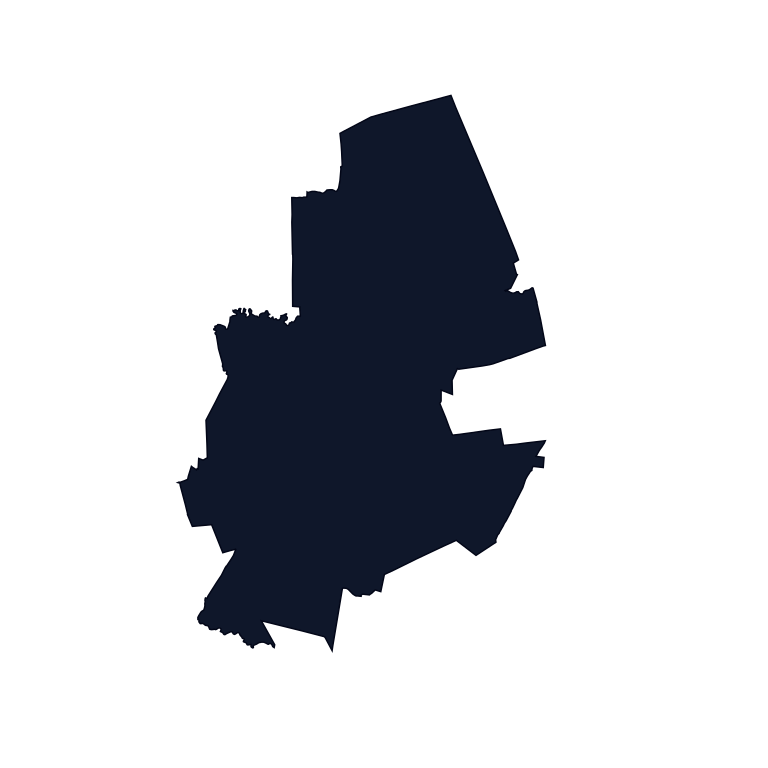 outline of Birda, Timis, Romania, rotated 201°
{"feature_id": "2599482B65688424110437", "entity_name": "Birda", "entity_type": "district", "adm_level": 2, "iso_a3": "ROU", "parent_name": "Romania", "parent_adm1": "Timis", "projection": "natural_earth1", "projection_center": [21.351, 45.422], "detail": "fine", "context": "isolated", "style": "filled", "palette": "ink", "viewbox_px": 768, "rotation_deg": 201, "n_neighbors": 0, "source": "geoboundaries", "source_scale": "gbopen_adm2", "svg_char_len": 6082}
<svg xmlns="http://www.w3.org/2000/svg" viewBox="0 0 768 768"><g transform="rotate(201 384 384)"><path d="M424.9,677.4L457.7,653.7L482.0,635.9L491.9,628.5L511.5,606.2L514.9,602.2L510.0,592.6L506.8,585.7L501.7,574.0L501.2,572.5L501.5,571.9L502.0,571.6L502.2,571.2L501.8,570.2L501.4,569.8L498.0,558.1L496.7,551.4L496.6,550.0L497.1,547.6L497.5,546.8L497.9,546.6L498.8,546.5L500.1,546.8L501.9,546.8L503.8,546.1L506.5,544.8L506.9,544.5L507.1,543.7L508.2,541.5L508.8,540.7L509.5,540.1L510.6,539.9L512.5,540.0L514.2,539.5L517.7,539.0L520.2,538.0L523.7,535.5L524.6,535.7L523.1,531.2L523.7,530.5L526.0,529.6L527.0,528.7L529.6,528.0L532.2,526.5L534.8,525.8L536.9,525.0L530.5,509.2L528.0,502.0L515.9,472.3L515.6,472.2L513.9,468.1L506.7,448.3L497.1,423.8L490.2,425.8L489.7,424.5L486.4,417.4L486.5,417.1L487.1,417.1L489.0,416.3L489.7,414.1L489.6,411.8L490.2,410.4L490.1,409.9L490.5,409.4L491.3,409.0L492.3,409.0L492.5,408.8L492.9,407.8L494.0,407.1L494.1,406.9L493.9,405.5L494.2,404.7L494.5,404.3L495.3,403.9L495.9,403.9L497.5,405.0L498.9,405.1L499.5,405.9L499.6,406.6L499.5,407.4L498.0,408.9L497.8,409.5L498.0,411.1L498.3,411.5L500.0,412.4L500.2,413.2L500.0,414.1L500.1,414.5L500.3,414.5L501.2,413.8L501.6,413.1L502.9,411.9L504.7,410.7L504.2,409.8L504.3,409.0L504.2,407.4L504.3,407.0L505.2,406.0L506.3,405.6L507.3,405.7L508.0,406.2L508.6,406.0L509.5,405.0L510.1,404.8L511.1,405.4L511.6,406.6L512.0,406.6L512.4,405.8L512.7,404.8L513.1,404.4L513.6,404.4L514.7,404.8L516.1,405.0L516.6,405.4L516.8,406.3L516.5,407.2L515.6,407.9L515.7,408.1L516.9,408.1L518.9,410.3L519.6,410.4L520.6,409.5L520.6,408.5L520.8,407.6L522.8,406.6L524.0,405.6L524.4,404.9L524.8,404.0L524.5,402.0L525.1,401.2L525.7,401.2L526.8,401.8L528.5,401.3L529.1,401.2L532.7,401.9L533.3,402.4L533.5,404.0L533.8,404.9L535.8,406.1L536.4,406.0L536.7,405.6L536.7,404.3L536.6,403.9L536.3,403.4L534.7,401.8L534.2,400.9L534.0,399.9L534.9,398.1L535.6,397.5L536.2,397.2L537.1,397.3L537.6,397.7L537.4,399.0L537.7,399.5L538.5,399.7L539.6,399.6L540.5,400.0L540.6,400.4L540.5,400.7L539.6,401.4L539.5,402.3L539.9,403.4L539.8,403.8L541.7,404.4L541.8,404.2L541.6,402.0L541.1,400.0L541.4,399.1L542.1,398.6L543.0,398.6L543.8,399.2L544.6,401.1L544.6,402.9L545.1,403.0L546.0,402.6L546.2,402.4L546.4,401.8L546.1,400.8L546.4,400.1L547.1,399.8L548.8,400.1L549.6,399.7L550.9,398.5L551.3,398.5L551.1,398.0L550.4,397.5L549.7,397.1L546.9,397.0L546.3,396.3L546.6,395.4L547.3,394.7L550.0,393.2L550.2,392.1L551.4,391.3L550.7,388.4L550.2,387.1L549.7,379.5L550.4,378.8L551.1,378.6L551.8,378.9L552.5,380.2L553.9,380.6L558.3,380.6L560.2,380.0L560.5,379.8L560.6,379.0L560.8,378.6L562.4,377.4L562.4,376.8L561.7,376.4L561.5,376.2L561.7,375.7L562.5,374.8L562.6,374.4L562.5,373.9L562.3,373.7L560.3,373.6L559.5,373.3L559.2,372.8L560.0,371.3L559.9,370.9L559.4,370.3L558.1,369.7L554.1,362.9L551.1,357.6L541.8,345.0L541.1,342.5L540.4,342.0L539.8,341.3L538.9,339.4L538.5,339.0L538.2,339.1L537.5,339.1L536.4,339.7L535.3,339.7L534.9,338.8L534.9,337.1L534.4,336.8L533.1,336.7L532.5,336.0L532.2,334.8L531.9,334.6L532.1,333.5L531.9,332.4L534.0,315.7L534.8,307.2L537.2,286.4L528.1,265.3L522.5,251.8L525.6,248.1L530.3,248.1L527.6,239.7L527.2,238.0L528.1,238.0L528.3,236.6L530.8,237.2L532.5,237.5L534.3,238.1L533.6,227.7L533.1,224.6L535.8,222.0L538.6,219.6L539.2,219.2L540.3,218.9L541.1,218.1L539.0,218.3L537.8,216.2L526.0,199.9L520.2,191.5L520.4,191.4L511.9,182.4L494.5,190.9L474.0,168.7L473.4,169.2L468.1,173.2L463.3,176.6L463.1,176.5L463.1,170.0L464.0,165.2L465.9,156.8L466.1,156.9L466.4,155.5L467.2,147.2L469.1,138.8L472.3,123.0L472.4,120.4L474.0,120.3L474.0,119.3L473.5,117.6L472.9,116.8L472.6,114.9L471.7,112.8L471.4,110.9L471.2,108.6L471.7,107.7L472.8,106.3L473.2,105.2L473.9,101.4L474.1,99.4L473.3,97.4L472.0,97.2L471.7,96.9L471.7,96.0L471.5,95.6L469.8,94.5L469.1,94.6L467.8,95.4L467.1,95.5L465.9,95.3L464.3,94.7L462.0,95.2L461.5,95.1L460.2,94.1L459.0,92.7L458.8,92.6L457.2,92.8L455.3,93.7L454.8,94.2L453.1,94.4L452.4,95.1L451.1,96.9L450.4,97.3L449.7,97.4L448.7,97.1L448.2,96.6L448.0,95.9L448.0,94.3L445.5,94.1L444.0,93.0L443.3,92.8L442.6,93.1L441.5,94.6L438.3,97.8L437.5,98.1L436.8,98.0L435.0,96.7L433.8,96.7L433.0,97.5L431.9,99.2L431.2,99.6L430.5,99.7L429.7,99.5L428.5,98.1L426.1,96.8L425.0,95.8L423.6,96.1L423.1,95.8L422.9,95.1L423.1,93.6L423.0,93.2L422.8,93.0L420.2,93.0L419.7,92.8L418.4,91.6L418.0,91.6L417.6,91.6L414.8,93.2L414.5,92.9L414.3,91.7L413.9,91.1L413.4,90.8L412.3,90.6L411.9,90.6L411.5,91.1L412.2,92.7L411.9,93.5L409.7,95.6L408.2,97.6L405.7,99.2L403.6,99.9L401.5,99.8L399.1,99.5L398.5,99.7L397.7,100.9L396.8,101.1L395.4,100.6L393.8,99.0L392.1,98.6L392.6,101.4L413.7,119.0L371.7,124.2L349.6,126.7L348.8,126.6L347.7,125.9L336.9,116.5L338.0,121.3L349.6,178.3L348.6,179.0L345.9,179.8L343.8,179.5L337.9,176.8L335.8,176.3L334.1,176.1L333.3,176.5L329.3,177.6L329.7,178.7L328.8,180.1L322.0,181.9L321.6,182.8L320.5,184.2L318.4,188.6L312.6,189.0L315.4,206.3L307.5,214.5L291.2,232.2L270.5,253.8L260.5,264.0L236.7,257.0L222.8,276.4L224.0,278.6L223.8,283.8L223.0,286.0L223.1,286.8L221.9,294.3L221.7,297.1L221.0,300.1L219.7,310.8L219.9,311.6L219.5,314.4L219.1,319.6L218.9,323.3L218.6,324.8L217.3,337.0L217.7,345.6L217.2,349.4L216.0,354.9L215.0,356.3L215.5,357.9L215.4,360.5L205.4,363.1L208.3,372.8L216.2,370.9L215.3,376.9L214.8,379.4L214.3,381.0L213.2,386.3L213.1,388.8L230.9,379.5L239.0,375.1L250.5,369.5L259.2,383.8L269.1,378.6L295.3,364.1L301.7,360.8L307.0,366.2L314.1,374.3L325.1,386.0L324.7,387.0L324.6,388.5L324.8,389.1L328.5,398.8L316.4,398.8L321.8,411.9L321.0,424.7L319.5,424.6L298.7,436.1L292.5,439.8L289.5,441.9L277.2,452.4L276.5,452.6L275.8,453.2L275.6,453.2L255.2,471.2L249.0,476.5L247.1,477.8L260.9,500.2L270.8,515.1L270.6,515.3L279.2,526.9L280.2,526.9L281.8,524.4L282.9,523.3L285.1,522.1L286.1,521.1L286.6,519.8L286.5,518.6L287.1,517.6L289.2,517.1L290.2,517.4L291.7,518.3L293.4,517.5L294.1,516.4L295.5,515.3L296.9,514.8L299.1,514.8L301.4,515.3L302.7,515.2L303.6,514.2L304.5,514.6L300.1,518.7L298.7,533.9L299.6,533.9L306.6,543.2L302.9,548.1L308.7,554.9L325.5,572.9L367.4,617.2L416.1,667.8L424.9,677.4Z" fill="#0f172a" stroke="#020617" stroke-width="1.5"/></g></svg>